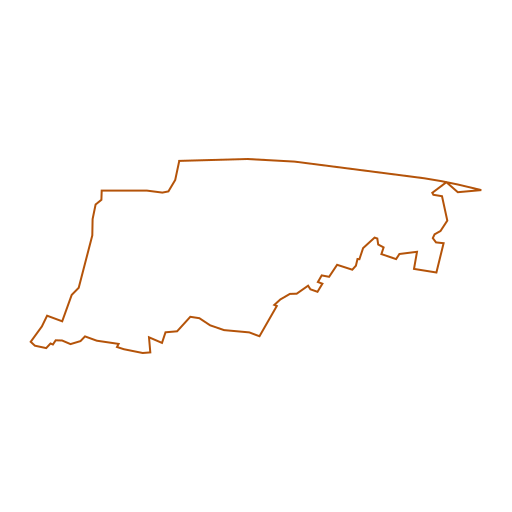 Leixlip Lea-3, Kildare, Ireland, rotated 180°
{"feature_id": "5873133B28056966648510", "entity_name": "Leixlip Lea-3", "entity_type": "district", "adm_level": 2, "iso_a3": "IRL", "parent_name": "Ireland", "parent_adm1": "Kildare", "projection": "equal_earth", "projection_center": [-6.507, 53.374], "detail": "fine", "context": "isolated", "style": "outline", "palette": "amber", "viewbox_px": 512, "rotation_deg": 180, "n_neighbors": 0, "source": "geoboundaries", "source_scale": "gbopen_adm2", "svg_char_len": 1216}
<svg xmlns="http://www.w3.org/2000/svg" viewBox="0 0 512 512"><g transform="rotate(180 256 256)"><path d="M255.1,176.7L252.5,175.8L235.2,206.0L237.7,207.1L231.6,212.6L222.1,218.1L215.3,218.3L203.9,226.3L201.6,222.7L194.5,220.2L189.6,228.3L194.1,230.0L190.3,236.6L182.9,235.2L174.9,247.2L159.7,242.3L156.1,246.3L154.5,253.0L152.6,252.8L148.9,263.9L137.4,274.4L134.7,273.5L133.8,267.5L128.4,264.6L130.6,257.9L115.9,252.9L112.6,258.0L95.0,260.2L98.0,243.1L75.6,239.5L68.4,268.8L76.0,269.6L79.2,273.9L77.4,277.7L71.5,281.0L64.7,291.4L70.0,315.8L78.6,317.2L79.7,319.2L65.6,329.8L54.2,319.8L30.7,321.9L54.2,327.5L70.3,330.8L87.6,333.7L217.5,350.4L264.8,353.0L332.8,351.1L332.8,350.8L336.8,332.0L343.6,320.6L349.6,319.4L365.1,321.4L410.3,321.4L410.6,312.2L416.4,307.5L419.4,292.9L419.7,276.6L433.3,224.2L440.3,217.1L449.8,190.7L464.9,196.3L470.1,185.6L481.3,170.2L477.1,166.3L465.8,163.9L461.5,168.5L459.1,167.5L456.3,171.7L449.9,171.5L441.5,167.9L431.5,170.9L427.0,175.6L415.2,171.3L393.4,168.1L395.0,165.0L388.2,162.8L369.3,159.0L361.7,159.6L363.0,174.7L350.0,169.1L346.5,179.7L334.9,180.7L321.7,195.2L312.6,193.8L301.9,186.7L288.0,181.9L262.7,179.6L255.1,176.7Z" fill="none" stroke="#b45309" stroke-width="2"/></g></svg>